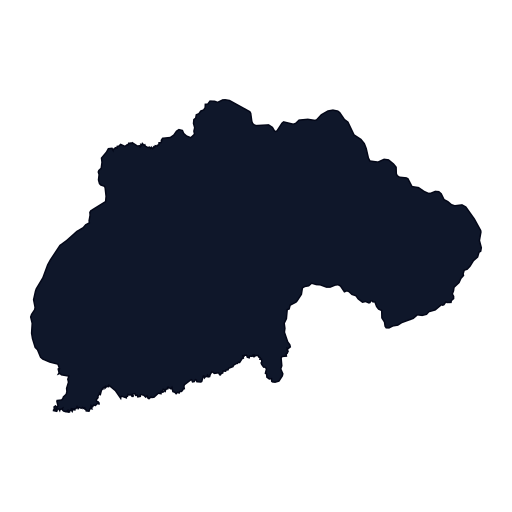 Wang Pong, Phetchabun, Thailand (Natural Earth projection)
{"feature_id": "78962969B14448677761720", "entity_name": "Wang Pong", "entity_type": "district", "adm_level": 2, "iso_a3": "THA", "parent_name": "Thailand", "parent_adm1": "Phetchabun", "projection": "natural_earth1", "projection_center": [100.775, 16.349], "detail": "fine", "context": "isolated", "style": "filled", "palette": "ink", "viewbox_px": 512, "rotation_deg": 0, "n_neighbors": 0, "source": "geoboundaries", "source_scale": "gbopen_adm2", "svg_char_len": 5989}
<svg xmlns="http://www.w3.org/2000/svg" viewBox="0 0 512 512"><path d="M413.2,318.4L417.4,314.8L422.2,315.4L426.5,314.3L428.8,311.7L435.2,309.9L441.4,304.7L442.7,305.2L443.9,304.7L445.9,301.8L447.0,302.5L451.0,302.4L451.3,300.6L453.6,298.6L453.6,296.3L452.3,294.0L453.5,290.8L454.0,287.3L459.0,282.6L460.9,278.4L463.5,275.5L463.1,273.8L464.2,270.2L467.2,269.2L470.0,266.2L473.4,260.7L477.6,257.0L479.0,252.2L480.7,251.2L481.3,247.7L479.4,240.5L480.9,232.1L480.7,230.6L474.4,219.1L465.8,207.0L462.0,204.9L454.7,205.8L451.3,204.6L447.8,201.6L444.0,199.6L441.2,193.8L438.8,191.7L435.3,191.4L430.7,193.3L428.4,193.4L424.0,191.4L418.5,187.6L412.0,186.6L407.9,178.7L406.2,177.9L399.4,177.2L397.2,175.7L396.3,173.7L396.1,167.2L393.5,164.0L388.5,159.9L384.1,159.3L378.0,162.1L369.9,161.0L368.4,158.1L366.2,148.5L364.3,143.6L360.9,139.4L354.0,134.9L347.9,122.1L344.4,119.5L339.7,112.6L337.8,111.1L332.9,110.1L327.9,111.0L321.3,114.8L316.6,119.9L314.9,120.4L307.8,119.3L299.1,120.1L295.7,123.4L293.2,124.2L283.6,121.9L282.0,123.2L277.0,130.9L275.6,131.5L274.5,131.0L272.4,127.4L268.6,124.9L256.1,125.6L254.2,124.9L252.7,123.6L251.8,121.4L250.7,113.3L249.8,111.7L229.5,100.5L225.4,99.8L222.7,99.9L217.6,102.4L214.7,101.3L210.0,101.1L207.7,104.2L205.3,104.3L205.2,107.6L203.6,110.0L200.8,111.0L198.9,113.7L196.3,114.8L195.7,118.2L193.9,119.5L193.5,123.4L194.7,127.7L193.9,131.1L194.5,134.2L190.8,137.7L186.5,136.0L183.7,133.5L182.4,130.5L178.9,129.6L176.5,131.2L173.8,135.1L170.3,137.5L162.6,138.3L161.3,140.3L161.7,140.9L160.8,142.7L159.0,142.8L158.9,144.8L157.3,145.3L157.0,146.2L155.2,145.7L154.6,147.4L153.8,146.8L152.7,148.6L152.3,148.0L150.9,148.4L151.0,147.9L150.5,148.4L149.7,147.1L147.8,147.5L145.3,146.2L144.8,144.8L144.0,145.3L142.4,143.6L142.1,144.7L140.9,144.4L141.4,146.0L140.1,147.0L139.7,145.7L137.5,146.1L132.4,142.8L131.9,143.6L131.0,142.9L130.4,143.5L128.9,143.1L127.8,145.0L127.1,144.8L125.0,146.4L120.6,144.4L118.9,146.2L117.2,146.4L116.9,148.1L115.3,147.7L114.7,148.8L113.1,149.2L113.0,150.2L112.0,148.3L108.4,148.7L106.5,152.1L101.5,158.1L102.0,162.3L101.2,168.3L98.9,170.4L98.3,172.0L99.1,174.6L98.5,179.9L99.5,183.6L100.8,185.0L104.3,186.2L105.1,187.5L106.1,196.4L105.6,201.6L90.9,210.7L89.9,212.3L90.1,215.2L89.1,220.7L89.4,222.8L85.7,224.8L83.2,227.7L76.9,231.4L66.6,240.6L60.0,245.4L50.4,259.9L47.7,264.8L42.9,277.8L36.3,288.8L35.5,291.1L33.6,299.7L35.1,307.4L34.7,309.7L31.6,314.4L30.7,317.0L32.2,323.3L31.6,333.2L32.5,338.6L35.2,347.4L37.5,349.7L40.6,357.2L42.8,359.1L49.9,362.1L57.9,364.1L59.6,368.7L59.3,369.5L58.7,368.6L58.2,369.0L59.1,372.7L58.4,374.0L60.0,373.4L61.4,374.8L68.9,376.1L67.8,379.2L68.5,382.2L66.6,388.3L66.9,391.6L66.2,394.3L63.4,396.9L62.9,398.5L61.6,400.0L57.1,400.5L56.9,401.5L58.0,405.8L56.8,407.4L55.6,405.9L54.1,406.9L54.3,409.7L53.6,409.9L53.5,410.6L56.7,411.3L57.1,410.7L55.8,409.5L56.1,408.8L56.8,409.4L58.8,408.9L59.7,410.5L59.9,409.7L62.6,408.2L62.1,409.5L63.5,411.0L66.0,411.8L68.0,410.2L68.3,410.8L67.4,411.9L68.9,412.2L69.6,411.9L69.7,410.6L71.1,410.3L71.3,408.6L72.0,408.7L71.8,410.8L72.2,411.4L73.1,408.9L74.0,408.7L74.2,409.8L74.8,409.9L74.8,408.9L76.0,408.6L77.0,406.6L78.1,408.6L79.0,407.3L81.2,408.2L82.6,407.4L83.1,408.5L84.7,407.8L84.9,409.2L85.9,409.6L86.2,410.9L89.0,411.2L90.0,408.6L91.9,408.8L91.0,407.1L91.1,405.5L92.6,406.8L93.6,405.0L95.4,405.5L97.3,403.5L99.0,404.0L99.1,403.1L98.0,401.7L96.4,401.2L96.4,399.6L98.0,397.7L98.0,395.9L99.4,394.2L99.5,393.2L100.4,394.3L101.3,390.7L102.4,388.7L102.9,389.0L103.4,387.5L104.9,387.2L105.0,388.2L105.9,387.3L105.3,386.6L105.6,386.2L107.4,386.6L108.1,386.0L108.6,386.5L108.9,385.2L115.4,390.6L120.7,398.3L121.0,396.6L121.7,396.2L126.3,397.8L126.3,396.6L127.5,396.3L128.0,394.4L129.2,395.0L130.6,394.6L132.1,396.4L133.0,396.4L133.3,395.8L132.4,395.1L132.4,394.2L134.9,393.6L135.7,395.4L137.3,395.2L137.8,396.9L140.3,396.4L140.2,395.0L140.9,394.5L143.8,395.2L145.7,397.1L147.0,395.9L148.1,398.3L149.0,398.7L151.2,396.8L151.8,397.5L154.0,397.2L158.3,393.2L161.0,393.7L161.2,391.3L162.5,392.2L163.4,391.9L162.8,390.3L163.2,389.2L164.7,389.8L164.7,391.1L165.2,391.4L165.7,389.4L167.9,388.7L167.5,387.4L168.2,387.1L170.9,388.8L171.9,387.4L172.9,391.6L174.9,392.3L176.1,393.7L177.5,392.3L179.1,393.0L179.6,391.6L181.3,391.5L182.5,390.5L182.8,389.3L184.3,388.7L183.9,386.7L184.3,384.8L191.1,379.6L191.7,379.8L192.5,381.9L194.2,381.6L195.4,379.6L196.4,380.0L196.9,381.7L200.8,382.0L201.7,381.5L203.4,375.8L204.0,375.9L204.5,377.8L205.4,376.7L206.8,376.5L207.5,374.9L208.1,375.4L208.2,376.9L209.6,376.6L210.2,374.5L212.0,371.6L214.3,373.4L218.6,372.8L219.7,374.8L220.4,374.9L221.3,373.4L222.7,373.0L223.1,371.0L225.6,371.2L226.3,369.8L227.9,369.9L228.6,368.3L233.0,366.6L233.4,365.3L236.3,363.5L237.5,363.4L238.3,362.1L239.6,362.5L242.1,358.6L242.9,358.0L243.5,358.7L242.8,355.8L244.0,356.2L244.3,355.3L246.6,355.2L247.3,357.2L249.2,357.8L249.6,356.1L251.9,356.3L252.7,355.1L254.1,355.0L253.5,356.5L254.0,356.8L255.8,355.5L258.0,355.5L258.8,357.1L260.2,357.6L259.9,359.2L261.5,359.2L261.8,362.1L261.1,362.9L261.7,364.4L263.6,367.1L265.1,367.1L266.5,368.8L265.4,373.3L266.6,374.0L266.9,377.2L269.3,379.0L271.5,378.6L271.7,381.3L272.5,381.9L275.1,382.2L278.9,381.1L282.3,375.9L282.8,373.8L280.7,368.9L281.8,365.8L281.1,358.1L282.0,356.5L286.4,356.1L286.1,354.0L287.1,353.4L288.1,351.2L287.1,349.8L287.7,349.2L287.3,348.3L288.2,348.6L290.3,346.9L289.8,344.8L287.7,341.9L284.4,332.2L284.9,328.4L284.2,323.2L286.4,318.7L287.2,309.6L289.1,309.0L290.1,305.2L296.0,302.1L297.0,301.0L301.4,294.3L302.4,287.9L304.8,286.5L308.7,285.8L311.6,283.2L316.4,284.6L320.2,284.8L326.4,287.1L330.2,287.1L335.1,285.1L338.1,284.7L340.5,286.0L344.4,291.8L346.9,290.8L349.0,291.6L351.9,294.4L355.9,295.7L358.2,298.9L362.5,302.2L365.6,301.5L368.9,302.9L369.9,302.6L370.7,300.9L372.3,300.9L373.0,301.9L374.9,301.8L376.6,306.5L378.6,309.1L381.7,310.5L381.9,317.9L384.5,322.0L385.1,326.2L386.2,327.8L389.0,327.9L392.9,325.9L397.8,325.1L401.7,322.6L413.2,318.4Z" fill="#0f172a" stroke="#020617" stroke-width="1.5"/></svg>